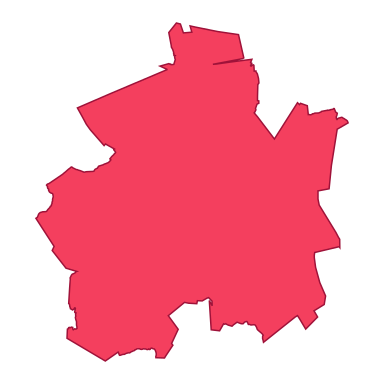 outline of San Pedro del Gallo, Durango, Mexico
{"feature_id": "50627088B85751357503772", "entity_name": "San Pedro del Gallo", "entity_type": "district", "adm_level": 2, "iso_a3": "MEX", "parent_name": "Mexico", "parent_adm1": "Durango", "projection": "robinson", "projection_center": [-104.46, 25.641], "detail": "fine", "context": "isolated", "style": "filled", "palette": "rose", "viewbox_px": 384, "rotation_deg": 0, "n_neighbors": 0, "source": "geoboundaries", "source_scale": "gbopen_adm2", "svg_char_len": 5818}
<svg xmlns="http://www.w3.org/2000/svg" viewBox="0 0 384 384"><path d="M35.9,218.3L54.1,246.4L52.2,250.5L66.0,268.2L76.7,271.4L76.1,271.6L75.2,272.7L74.8,273.0L73.3,273.8L72.3,274.1L71.4,275.2L70.5,277.1L70.2,277.6L70.1,278.2L70.3,278.8L69.6,288.6L68.7,303.6L69.3,304.0L69.5,304.5L69.7,305.6L69.7,305.9L69.8,306.2L69.8,306.5L69.9,307.0L70.2,307.3L70.4,308.2L70.4,308.7L71.7,309.4L72.2,309.8L72.6,310.0L73.8,309.2L74.3,308.3L74.6,307.9L74.9,307.8L75.2,308.0L75.4,308.5L74.7,311.7L74.7,312.1L74.9,312.5L75.2,312.7L75.9,312.7L76.0,312.9L76.0,313.0L75.6,313.7L75.6,313.9L75.6,315.1L75.7,315.6L75.8,316.1L75.7,316.5L75.4,317.2L75.4,317.7L75.7,319.2L76.5,321.7L76.5,325.0L76.6,325.6L76.9,326.5L76.9,327.4L77.0,328.1L77.0,328.4L76.8,328.6L75.9,329.1L75.7,329.1L75.2,329.0L74.9,328.8L74.7,328.8L74.1,329.2L73.3,329.8L73.1,329.7L73.0,329.3L72.8,329.1L72.7,328.8L72.7,328.6L72.8,327.8L72.7,327.4L72.4,327.4L71.9,327.2L71.4,327.1L71.2,327.2L70.8,327.5L70.6,327.6L69.2,327.4L68.6,327.7L68.6,328.5L68.2,328.8L67.7,328.9L67.4,329.1L67.0,338.3L105.3,361.0L118.1,352.1L118.4,352.7L118.9,353.7L119.1,354.6L119.2,354.8L119.6,355.3L119.9,355.3L120.5,355.2L122.5,354.5L123.4,354.3L124.0,354.4L124.5,354.3L125.6,353.7L126.4,353.3L127.0,353.2L127.9,352.9L128.9,352.8L129.4,352.9L129.8,352.8L130.4,352.4L130.9,352.0L131.6,351.6L132.1,351.5L132.9,351.0L133.8,350.8L134.6,350.4L134.8,349.9L135.2,349.7L135.6,349.7L136.7,349.0L137.1,348.8L138.1,348.8L139.0,348.7L139.4,348.7L139.8,348.8L140.0,349.1L140.7,349.3L141.4,349.4L142.2,349.3L143.4,348.8L144.6,349.0L145.1,348.9L145.9,349.1L147.1,349.6L148.2,349.4L148.8,348.9L149.0,349.0L149.3,349.4L149.5,349.5L149.8,349.5L150.3,349.2L150.9,348.3L151.7,348.1L152.3,348.3L153.2,348.9L153.7,348.8L154.2,348.9L154.6,349.3L155.1,350.0L155.8,351.7L156.2,353.2L156.2,353.9L156.2,354.3L156.2,354.6L156.2,355.2L155.8,356.5L155.9,357.7L164.5,358.0L165.7,356.0L172.9,345.2L171.6,343.5L178.2,329.3L168.3,315.7L184.5,302.4L188.6,303.2L196.8,303.7L197.4,300.7L202.2,300.9L207.1,298.1L208.6,297.6L212.0,301.1L212.2,305.8L209.3,300.5L211.2,329.8L219.6,330.8L223.6,323.8L224.4,324.2L224.7,324.2L225.3,324.0L225.8,323.7L226.2,324.1L228.2,325.1L232.0,326.2L232.8,325.5L233.6,324.6L233.9,324.5L237.1,322.2L241.1,323.7L242.4,323.8L243.2,323.7L244.4,322.3L245.1,321.9L246.3,321.5L247.0,321.6L247.6,322.7L248.0,323.5L248.1,323.9L248.3,324.4L248.9,324.5L249.5,324.4L250.1,324.6L250.9,325.0L254.0,324.7L254.9,324.9L255.5,325.5L256.0,326.3L256.7,327.6L257.1,329.0L257.5,329.7L259.5,331.5L261.1,332.8L262.5,334.2L263.2,335.3L262.7,336.0L262.6,336.5L262.6,337.6L262.6,338.7L263.0,339.9L263.5,342.3L295.2,317.0L297.5,315.6L300.0,319.5L305.7,329.1L317.6,317.0L314.0,310.8L324.2,304.5L325.6,296.0L319.8,282.6L315.6,267.4L314.3,257.6L314.3,255.2L314.7,252.5L339.1,246.7L339.8,247.6L339.7,239.3L338.4,237.2L336.0,232.6L319.2,205.1L318.0,199.0L318.0,190.9L329.1,188.8L331.4,165.6L337.2,129.2L348.1,122.9L347.9,122.3L347.6,121.5L347.3,120.9L347.0,120.6L346.0,119.8L345.2,119.4L344.3,118.7L343.4,118.3L342.6,117.7L341.9,117.3L341.1,117.4L340.1,117.8L339.0,118.0L338.2,118.3L337.8,118.6L337.3,119.3L337.0,119.5L336.5,118.9L336.5,118.4L336.3,118.0L336.3,117.4L336.3,116.6L336.8,115.6L337.3,113.2L335.6,112.0L335.4,111.4L334.6,109.4L334.4,108.9L334.3,108.6L333.8,108.5L333.4,108.8L333.1,109.2L330.3,109.7L330.2,109.9L329.8,109.9L329.3,110.2L328.9,110.3L327.9,110.1L327.7,110.4L327.4,110.4L327.2,110.3L321.4,111.4L321.1,111.9L320.8,112.1L320.4,112.2L319.5,112.6L318.5,113.0L314.9,113.1L314.1,113.4L313.7,113.7L312.4,113.8L312.0,114.3L311.3,114.6L310.8,114.8L309.7,114.7L308.9,114.5L308.3,114.6L307.3,105.7L300.5,103.3L299.5,104.6L297.5,102.7L274.4,139.0L257.5,116.8L254.2,112.9L254.6,112.5L255.9,109.9L255.8,109.2L255.6,108.8L255.5,108.3L255.7,107.8L256.1,106.8L257.0,104.2L257.6,103.8L258.8,103.3L258.8,100.9L257.5,100.6L257.5,96.7L257.8,85.5L257.8,84.6L258.9,83.1L258.9,82.5L258.5,78.4L257.4,74.0L257.0,73.3L255.9,71.6L255.9,71.0L254.2,71.1L253.9,65.3L253.5,64.9L253.1,64.8L252.8,64.9L251.1,66.1L250.6,65.7L250.8,65.2L251.8,63.3L251.2,63.0L250.6,62.6L251.9,59.3L231.7,61.9L215.9,64.1L212.9,64.3L239.8,59.2L242.9,58.5L243.8,57.9L238.5,34.6L218.0,31.6L210.9,30.2L195.0,27.0L190.1,25.9L191.8,32.2L183.4,32.9L180.4,24.0L176.4,23.0L168.8,32.5L169.1,34.3L171.2,45.3L171.4,47.2L172.6,49.3L173.5,51.9L173.8,53.6L173.6,53.8L174.1,55.0L174.0,55.3L175.2,55.6L174.5,56.4L174.9,58.5L175.3,59.4L173.8,64.4L171.7,64.7L170.6,64.1L170.4,64.4L168.9,63.6L160.0,66.1L166.9,69.3L166.9,69.7L110.7,93.5L77.4,107.9L82.5,117.1L86.3,124.2L89.8,129.1L91.0,130.6L104.1,145.6L105.5,144.0L114.2,148.9L113.9,149.0L113.7,149.4L113.7,149.7L115.3,151.7L115.6,152.3L115.6,152.5L115.3,152.9L114.3,153.8L113.9,154.5L113.2,155.2L112.6,155.7L111.5,156.8L110.7,157.9L110.0,158.6L109.9,158.9L110.0,159.1L110.3,159.3L110.7,159.4L110.8,159.6L110.8,159.8L110.7,160.2L109.0,162.0L107.9,162.8L106.7,163.2L106.0,163.6L105.4,163.7L105.0,163.9L104.3,164.1L103.1,164.8L98.8,166.1L98.5,166.3L97.4,168.2L96.6,168.5L95.0,169.4L94.5,170.1L94.1,171.0L93.1,171.4L88.3,171.6L86.3,171.7L84.1,172.2L80.4,170.7L80.0,170.6L79.5,170.4L78.7,170.3L77.5,169.7L75.8,169.4L74.7,168.7L73.3,168.1L71.8,167.0L71.3,167.0L71.1,167.1L69.4,168.6L68.7,169.0L65.7,171.7L63.7,173.3L62.6,174.3L48.9,183.6L47.9,183.9L47.3,184.2L46.5,185.1L47.6,186.7L47.5,187.6L47.7,188.2L47.9,188.6L48.5,188.9L48.7,189.4L48.6,190.4L49.4,191.9L49.7,192.2L50.7,192.9L51.3,193.2L52.2,193.4L52.7,193.9L52.9,194.5L53.2,196.6L53.2,197.2L52.9,197.8L52.6,199.1L52.5,200.2L52.6,200.8L52.4,201.5L52.0,202.1L52.1,203.5L51.5,204.3L51.4,205.5L51.1,205.9L50.9,206.1L50.6,206.1L50.2,206.5L50.1,206.8L49.9,207.4L49.5,207.8L47.8,209.6L46.7,211.2L46.0,211.6L42.7,211.8L42.2,211.9L41.2,212.3L40.4,212.4L40.1,212.6L39.2,213.4L38.7,214.0L38.3,214.9L38.1,215.7L37.7,216.3L37.4,217.3L35.9,218.3Z" fill="#f43f5e" stroke="#9f1239" stroke-width="1.5"/></svg>